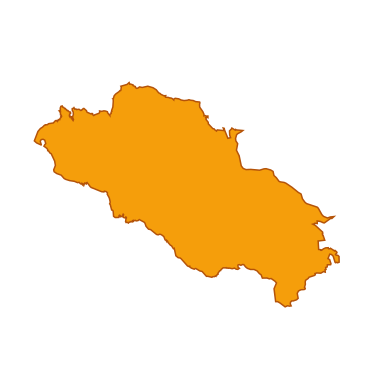 Sighetu Marmatiei, Maramures, Romania (Robinson projection), rotated 46°
{"feature_id": "2599482B88825204497401", "entity_name": "Sighetu Marmatiei", "entity_type": "district", "adm_level": 2, "iso_a3": "ROU", "parent_name": "Romania", "parent_adm1": "Maramures", "projection": "robinson", "projection_center": [23.83, 47.897], "detail": "fine", "context": "isolated", "style": "filled", "palette": "amber", "viewbox_px": 384, "rotation_deg": 46, "n_neighbors": 0, "source": "geoboundaries", "source_scale": "gbopen_adm2", "svg_char_len": 6018}
<svg xmlns="http://www.w3.org/2000/svg" viewBox="0 0 384 384"><g transform="rotate(46 192 192)"><path d="M267.2,236.9L267.3,235.9L268.4,234.8L268.6,233.7L269.3,233.4L269.0,232.8L269.3,232.3L268.9,231.5L269.2,230.2L268.5,229.9L267.9,226.8L268.4,226.0L268.0,225.1L268.2,222.2L270.0,220.5L270.1,220.0L271.1,219.8L271.6,218.9L272.1,218.8L272.8,217.9L275.1,216.4L276.3,214.3L278.1,213.9L279.5,212.8L279.8,210.9L278.3,211.2L276.6,209.9L276.5,209.3L277.2,208.3L278.2,208.1L279.0,207.1L279.1,206.2L280.2,205.2L283.1,205.5L285.4,205.2L288.4,203.7L290.8,201.2L293.9,200.0L297.6,200.2L299.5,199.8L302.8,201.2L306.0,197.8L308.2,196.7L309.2,195.2L313.6,194.3L316.1,194.4L318.6,200.2L329.0,208.0L330.5,206.5L333.0,205.8L339.3,204.8L340.2,202.3L341.8,201.2L342.8,199.8L340.7,199.0L339.7,197.7L339.6,196.0L340.7,194.8L342.2,191.6L342.2,189.5L338.0,186.7L337.2,184.2L337.6,182.7L338.0,181.5L340.0,179.2L340.4,178.3L339.9,177.4L338.8,177.4L337.1,174.5L335.4,173.1L334.4,171.6L334.9,168.6L334.6,167.0L337.0,162.1L337.2,160.8L336.1,160.2L336.5,159.7L336.7,158.7L339.9,155.7L340.6,152.7L342.2,151.8L340.3,150.2L340.8,149.4L339.1,148.3L339.8,146.8L338.4,145.2L340.6,142.8L340.2,141.9L336.2,139.9L334.4,140.5L332.4,136.1L333.8,135.1L336.2,135.0L341.9,137.9L342.7,137.8L343.2,136.6L344.1,136.4L344.7,134.9L340.5,131.0L338.8,131.1L337.5,132.2L336.5,132.1L336.4,129.9L335.6,129.5L333.5,129.7L333.6,130.3L328.6,131.5L328.6,132.3L327.6,133.2L326.7,132.7L325.0,134.7L324.2,136.9L323.9,139.4L323.5,139.8L323.1,139.4L321.3,140.8L314.9,135.3L318.9,130.0L314.4,127.9L313.8,128.0L312.6,127.2L312.8,126.9L311.6,125.9L301.7,126.5L299.1,127.4L299.9,125.9L299.8,125.3L301.7,123.8L299.8,122.1L302.4,120.1L305.4,118.9L306.2,118.2L307.3,110.6L308.2,109.8L308.3,106.9L306.0,109.9L304.8,112.6L300.9,114.3L298.5,114.3L291.3,112.4L290.0,112.4L280.0,117.6L278.0,117.9L273.7,117.3L269.3,115.0L268.8,115.0L266.3,115.8L258.1,116.8L251.0,118.3L249.1,119.1L246.0,121.5L244.7,122.0L240.3,121.4L237.1,121.6L233.5,119.4L230.8,120.1L226.7,122.5L225.3,124.2L223.3,128.2L216.6,134.0L213.4,137.6L210.6,138.8L207.4,138.4L198.7,132.9L192.8,131.0L189.0,125.6L185.6,124.9L183.7,123.4L181.8,120.1L181.8,118.7L182.9,114.7L183.1,112.7L178.0,117.1L177.4,117.1L177.6,117.9L173.7,118.9L174.0,119.6L174.1,122.6L177.3,125.4L179.7,126.5L178.3,128.9L170.0,125.5L168.6,124.6L167.7,125.1L170.2,126.2L164.9,130.7L165.2,132.0L163.0,132.4L162.1,132.2L160.8,133.0L154.3,132.9L153.1,131.9L149.5,131.5L149.2,130.9L148.0,130.5L148.6,129.3L149.6,128.9L148.4,127.8L147.2,129.1L146.2,129.4L145.5,130.5L144.4,129.4L141.7,128.4L136.3,127.5L134.2,125.7L133.4,124.4L132.6,124.0L129.5,126.6L127.0,127.6L125.1,129.2L123.5,130.1L122.7,131.7L120.7,134.2L118.3,135.9L115.8,136.8L112.9,139.0L112.5,140.5L113.1,141.2L111.1,141.3L109.6,141.9L109.1,142.6L107.7,143.2L105.4,145.2L104.8,145.0L104.4,144.0L103.2,145.4L99.8,146.6L99.0,146.5L97.5,147.1L93.6,146.7L89.9,147.6L85.2,150.3L82.2,155.2L80.0,156.7L79.6,158.9L79.0,159.8L77.5,160.1L76.8,159.5L74.5,160.5L74.0,160.0L71.7,161.2L71.2,161.9L69.6,161.2L69.5,164.0L66.5,169.7L67.3,169.9L69.4,172.5L69.5,173.0L69.0,173.4L69.1,174.8L68.5,178.8L68.7,181.1L70.2,183.8L70.0,184.2L70.5,184.2L72.4,186.0L75.9,189.9L77.6,193.3L78.3,193.6L78.4,194.8L79.4,195.6L79.1,197.2L80.0,198.0L76.7,197.7L75.5,197.1L73.8,197.9L72.4,199.0L71.3,200.9L69.5,202.2L70.6,203.1L70.7,204.3L68.6,209.1L68.8,209.3L68.6,209.7L66.9,209.6L66.5,209.1L65.9,209.5L65.7,210.4L61.9,212.0L61.0,211.9L60.2,211.4L56.8,211.7L56.4,212.3L56.5,213.4L56.3,213.9L56.5,214.4L56.2,215.3L54.0,215.8L52.5,217.8L51.6,217.8L51.1,218.8L49.3,218.3L49.4,219.1L48.8,220.2L49.9,221.3L52.0,221.9L53.8,223.5L54.7,225.0L54.4,226.0L55.4,226.0L57.6,226.9L58.0,227.9L55.9,227.6L54.8,226.8L54.0,226.6L53.5,227.4L52.9,227.1L53.3,227.7L52.1,227.4L50.9,225.9L51.2,224.8L50.1,223.9L49.3,224.6L47.0,224.7L46.9,225.2L43.7,225.2L43.5,225.7L41.9,225.5L41.0,226.1L39.9,225.6L39.3,226.8L40.1,228.5L41.6,229.7L41.3,231.1L42.5,230.7L42.5,231.4L43.8,231.6L44.5,232.6L46.2,232.8L46.9,233.3L46.4,233.8L47.3,234.2L47.4,235.9L48.1,236.8L47.3,237.6L47.6,237.8L47.4,238.8L47.7,239.5L46.9,239.3L46.8,240.0L46.3,240.0L45.8,240.7L46.0,243.8L43.3,247.6L43.0,249.5L41.9,250.6L41.9,251.3L41.5,251.6L41.5,254.6L41.0,256.9L41.4,260.7L45.7,269.9L48.7,269.7L53.3,267.9L53.2,267.5L50.2,266.0L49.6,264.8L49.8,263.6L50.6,262.5L52.4,261.9L55.6,263.6L55.7,265.1L56.2,266.7L59.7,266.1L61.4,266.4L62.0,267.1L62.8,266.7L65.3,267.1L66.7,266.7L74.3,269.3L78.0,271.8L80.0,276.1L81.6,277.1L84.7,276.5L89.0,274.4L93.6,274.6L95.3,274.0L98.8,272.1L102.6,269.2L105.8,267.8L106.7,266.5L108.7,266.5L109.2,265.9L110.6,265.8L110.2,265.6L110.6,265.2L110.2,265.0L111.1,264.9L110.9,264.4L111.1,264.2L111.7,264.5L111.0,263.1L112.0,262.7L111.8,262.3L112.2,262.7L112.6,262.5L111.9,262.0L112.0,261.6L112.5,261.5L112.4,260.9L117.5,261.5L118.7,261.4L129.0,256.8L130.8,255.3L130.5,254.5L132.2,253.4L133.9,253.4L134.7,254.5L138.7,255.6L142.1,257.6L142.8,258.3L143.3,259.5L144.2,259.5L149.1,262.3L150.0,261.8L151.1,262.1L155.0,265.3L157.0,265.0L159.4,262.4L158.5,261.0L159.3,260.8L159.6,261.1L160.0,260.8L159.0,260.3L158.5,260.5L158.5,260.1L159.6,260.1L161.2,259.3L161.0,258.5L161.2,258.3L160.7,257.9L160.6,257.2L159.4,256.9L160.7,256.9L161.8,258.6L162.7,259.0L164.1,258.2L164.3,257.7L164.0,257.0L164.6,256.8L165.1,257.2L165.4,258.1L167.2,260.4L168.2,260.6L168.5,259.8L170.2,259.3L170.0,258.2L170.6,257.6L170.5,256.9L172.1,255.7L172.2,255.0L172.9,254.2L171.5,255.1L171.2,254.8L171.7,253.7L172.5,253.5L172.9,252.5L173.7,252.4L174.3,251.9L175.1,250.6L175.2,249.1L180.4,247.4L181.8,247.5L184.7,248.9L188.5,249.1L190.3,247.9L197.9,247.0L199.3,246.1L199.8,244.8L200.4,244.2L201.4,243.7L204.4,243.2L207.8,244.6L208.8,244.3L209.7,244.5L209.2,243.8L210.2,243.7L211.7,244.3L215.3,244.5L216.5,244.1L219.9,244.8L220.3,244.5L220.3,244.0L226.7,247.9L229.6,247.6L231.2,246.4L232.7,246.2L242.1,246.6L243.6,245.9L243.8,245.2L244.7,245.7L246.4,245.3L249.1,244.0L249.3,242.9L249.7,242.4L254.2,241.2L256.2,239.9L262.7,240.2L263.5,239.3L267.2,236.9Z" fill="#f59e0b" stroke="#b45309" stroke-width="1.5"/></g></svg>